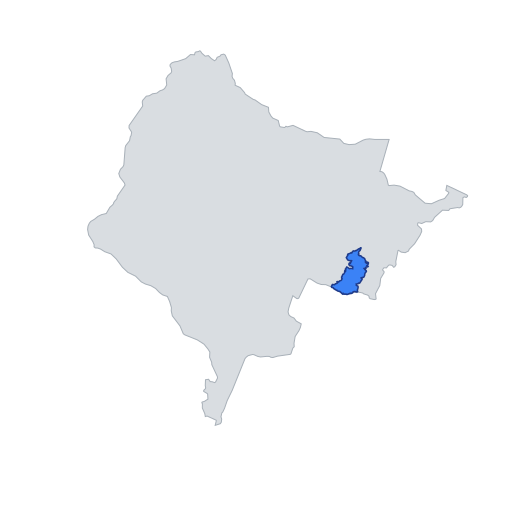 Sandoa, Katanga, Democratic Republic of the Congo (highlighted), rotated 294°
{"feature_id": "63176286B26674316015082", "entity_name": "Sandoa", "entity_type": "district", "adm_level": 2, "iso_a3": "COD", "parent_name": "Democratic Republic of the Congo", "parent_adm1": "Katanga", "projection": "orthographic", "projection_center": [23.072, -9.383], "detail": "fine", "context": "in_parent", "style": "filled", "palette": "blue", "viewbox_px": 512, "rotation_deg": 294, "n_neighbors": 0, "source": "geoboundaries", "source_scale": "gbopen_adm2", "svg_char_len": 8841}
<svg xmlns="http://www.w3.org/2000/svg" viewBox="0 0 512 512"><g transform="rotate(294 256 256)"><path d="M416.6,330.2L383.6,334.8L384.2,336.7L383.8,338.7L383.0,340.3L379.5,344.3L374.5,348.1L374.5,349.0L376.9,353.3L378.4,359.1L377.8,369.4L378.4,372.2L378.3,374.3L376.6,376.7L373.0,389.0L375.1,395.0L381.5,400.7L385.2,404.9L391.6,406.5L392.6,406.2L393.1,402.8L398.1,401.6L397.6,423.6L397.2,424.8L396.3,425.0L395.0,424.3L394.7,422.2L393.4,421.3L387.2,423.9L385.6,423.8L383.9,423.3L382.6,422.1L382.3,420.5L378.1,414.0L376.0,413.5L373.7,407.7L363.9,403.4L360.2,403.0L358.2,401.7L356.4,397.1L353.1,394.2L352.5,390.9L351.8,390.4L349.8,391.1L348.0,396.2L345.8,397.4L341.7,397.4L331.7,395.9L324.5,393.2L322.6,393.3L319.7,390.9L318.6,387.0L319.2,383.9L318.7,383.5L307.7,386.0L305.0,387.5L302.5,387.1L301.7,386.3L302.8,384.2L302.3,381.9L301.5,380.9L298.2,380.0L297.2,377.6L295.2,377.2L294.5,377.6L294.0,379.2L292.8,379.8L286.3,379.0L279.4,381.1L270.2,380.5L265.8,383.1L265.2,383.1L264.3,381.8L263.4,377.6L263.8,376.5L265.2,375.6L265.7,373.9L265.2,369.6L265.6,368.6L265.1,366.1L263.7,362.2L261.7,358.9L257.6,354.1L256.8,351.8L257.1,346.4L258.4,337.8L258.2,331.4L256.5,327.2L256.1,322.8L257.2,314.7L256.1,312.8L235.0,312.2L234.1,311.6L233.7,310.5L234.7,305.8L221.8,307.1L218.0,308.0L215.6,310.0L214.8,312.4L214.8,315.9L212.9,319.3L212.4,324.9L208.8,325.6L205.3,325.6L198.4,324.5L191.8,326.2L188.6,327.8L186.8,327.1L180.9,327.7L180.1,327.3L173.2,316.3L170.1,312.7L169.5,310.8L169.7,309.1L168.8,306.8L165.6,301.2L165.0,298.5L165.0,294.3L164.7,293.0L161.8,289.4L159.8,288.3L157.8,287.7L123.5,288.9L112.2,288.5L104.0,289.2L99.9,289.1L98.7,288.6L94.9,289.4L93.0,291.0L90.1,291.9L88.3,291.6L84.7,287.6L89.5,286.7L89.8,286.3L89.9,276.4L88.7,275.0L91.2,273.3L95.3,268.8L99.3,267.1L99.8,266.2L100.7,266.2L102.2,268.0L105.7,270.3L110.0,268.1L110.5,267.5L111.0,263.3L112.1,262.9L114.0,263.7L115.0,263.7L116.9,262.4L122.4,260.2L124.1,262.8L122.6,265.3L123.3,267.0L123.5,269.7L124.4,270.3L128.8,270.5L130.1,269.8L138.7,259.9L140.9,258.7L144.6,254.8L149.5,252.9L151.5,249.9L154.3,244.4L155.5,236.5L155.0,223.0L155.4,221.2L161.2,215.0L167.3,203.9L171.4,200.9L174.5,199.7L179.3,195.6L183.0,191.5L182.5,186.6L183.4,182.6L185.5,177.4L186.1,172.0L185.4,166.3L185.7,161.7L188.6,154.2L188.9,145.7L191.4,138.5L196.5,129.4L198.9,122.7L198.4,116.1L199.1,111.2L198.9,108.3L198.0,105.9L198.5,104.3L200.4,103.6L202.8,101.1L207.1,94.6L211.7,91.4L214.9,90.4L218.2,90.4L220.4,91.0L223.9,93.5L227.9,95.5L230.9,98.0L233.9,101.9L241.1,102.7L244.1,104.1L246.0,104.6L246.7,104.3L248.2,104.5L251.6,105.6L254.3,105.0L267.5,107.5L269.1,106.2L272.8,99.5L275.5,97.1L280.1,96.9L283.6,98.2L285.5,98.2L301.8,92.4L303.9,92.1L309.9,93.6L313.7,92.7L315.3,92.9L318.6,92.0L321.3,87.9L323.6,87.0L346.9,91.5L350.5,89.4L352.2,89.2L357.4,90.8L359.0,93.3L362.1,95.5L364.4,99.1L367.9,101.1L369.6,103.0L371.7,104.4L375.9,104.9L381.3,101.8L385.1,102.2L388.9,104.0L390.3,103.9L393.1,102.1L394.6,100.1L396.1,99.7L398.4,100.7L400.2,102.6L401.9,105.3L407.7,111.5L413.4,114.2L414.8,118.0L416.9,117.6L417.9,118.0L419.4,120.4L420.4,120.9L420.6,121.9L419.2,124.1L417.9,128.3L419.7,131.0L418.2,134.8L417.5,138.7L419.3,139.7L421.7,139.7L423.9,141.8L425.6,142.2L427.3,144.4L427.0,146.2L421.4,152.5L413.1,160.2L410.3,161.1L408.8,162.6L407.8,164.8L405.4,166.8L403.5,167.5L403.4,173.2L400.6,179.1L399.5,180.3L397.9,189.9L398.2,191.6L396.6,199.5L396.9,206.9L392.8,209.1L390.0,212.7L388.8,215.2L388.8,221.2L384.2,224.8L383.9,225.7L385.0,229.9L386.7,230.6L386.7,232.1L390.4,236.7L390.1,250.8L390.3,252.2L392.2,255.5L393.5,261.9L392.0,270.0L396.9,285.0L394.6,290.4L395.6,295.7L398.5,301.2L405.5,306.8L407.4,309.0L409.2,312.1L410.7,316.8L416.6,330.2Z" fill="#d9dde1" stroke="#a8b0b8" stroke-width="1"/><path d="M296.1,358.4L296.2,358.1L296.4,357.9L296.6,357.5L296.7,357.4L297.0,357.1L297.2,356.8L297.3,356.7L297.8,356.4L297.9,356.0L297.9,355.9L298.0,355.5L298.0,355.4L298.2,355.0L298.2,354.7L298.0,354.3L298.0,354.2L298.0,353.7L298.2,353.2L298.6,352.5L298.6,352.1L298.8,351.6L298.7,351.3L298.5,351.0L298.5,350.9L298.6,350.6L298.5,350.4L298.4,350.3L298.5,350.1L298.4,349.9L298.5,349.7L298.5,349.4L299.2,348.8L299.4,348.9L299.6,349.0L299.8,349.1L300.1,348.9L300.3,348.6L300.5,348.4L301.1,348.3L301.3,348.2L301.8,348.2L302.7,348.4L302.8,348.5L303.0,348.6L303.2,348.8L303.6,348.8L304.1,348.8L305.5,348.8L305.8,348.7L306.1,348.7L306.2,348.4L306.1,348.2L305.8,348.0L305.6,347.9L305.4,347.9L305.2,347.9L304.8,347.7L304.6,347.6L304.6,347.3L304.4,347.0L304.2,347.0L303.9,346.6L303.0,346.2L302.7,345.9L302.2,345.7L301.9,345.6L301.7,345.4L301.6,344.9L301.4,344.8L301.0,344.5L300.8,344.4L300.7,344.1L300.4,343.5L300.4,343.3L300.4,343.2L300.3,342.9L299.9,342.7L299.7,342.5L299.4,342.5L299.0,342.4L298.9,342.4L298.7,342.3L297.8,342.2L297.7,342.2L297.7,341.9L297.9,341.7L297.7,341.4L297.2,341.3L296.2,340.3L295.8,340.0L295.6,339.7L295.5,339.4L295.4,339.3L295.0,339.3L294.9,339.2L294.7,339.2L294.7,339.3L294.3,339.5L294.1,339.3L293.6,339.5L293.4,339.4L293.0,339.4L292.4,339.3L291.8,339.3L291.4,339.1L291.1,339.3L290.1,340.8L289.7,341.3L289.7,341.8L289.7,342.5L289.7,343.0L290.0,343.7L290.0,343.9L290.5,344.7L290.6,345.1L290.6,345.3L290.2,345.3L289.9,345.2L288.7,345.2L288.3,344.6L288.0,344.7L287.6,345.1L287.3,344.1L287.1,344.0L286.1,344.3L286.1,344.5L285.9,344.7L285.6,344.8L285.3,345.3L285.2,345.5L285.3,345.7L285.4,345.8L285.6,346.0L285.5,347.0L285.7,347.5L285.6,347.8L285.7,348.1L285.4,348.9L285.2,348.9L284.4,349.3L284.1,349.3L283.7,349.5L283.6,349.1L283.4,347.9L282.9,347.2L282.6,346.8L282.4,346.3L282.6,345.3L282.8,344.7L282.9,343.7L282.8,343.3L280.8,343.2L280.4,343.0L280.1,343.4L280.1,343.5L279.7,343.6L279.4,343.5L279.3,343.3L278.8,343.1L278.5,343.1L278.4,343.4L278.5,344.0L278.3,344.0L277.8,343.5L277.7,343.4L277.4,343.6L277.2,343.7L275.3,343.5L275.0,343.4L274.8,343.3L274.6,342.8L272.9,342.8L272.7,342.8L272.3,343.0L272.1,342.9L271.7,342.7L271.4,342.8L271.3,343.0L271.1,343.1L270.6,343.2L270.4,343.5L270.4,343.8L270.2,343.9L268.9,343.9L268.6,343.8L268.2,343.6L267.4,342.7L267.1,342.4L266.6,342.5L266.4,342.4L266.0,341.6L265.9,341.2L265.7,340.6L265.5,340.4L265.3,340.5L265.0,340.7L265.0,341.5L263.9,341.1L263.0,340.0L262.9,339.8L262.7,339.7L262.3,339.7L261.7,339.4L261.4,338.5L261.1,337.4L260.9,337.3L260.5,337.6L260.4,337.6L260.2,337.4L259.4,337.2L258.6,337.3L258.4,337.7L258.4,337.9L258.2,338.0L258.3,338.2L258.3,338.6L258.4,339.1L258.3,339.3L258.4,339.5L258.2,339.8L258.1,340.0L257.9,340.2L257.9,340.3L258.0,340.3L257.8,340.7L257.7,340.8L257.8,341.2L257.6,341.7L257.7,341.8L257.7,342.2L257.5,342.5L257.5,343.1L257.5,343.4L257.4,343.6L257.6,344.1L257.3,344.4L257.3,344.7L257.3,344.9L257.3,345.3L257.4,345.8L257.6,346.4L257.7,347.0L257.6,347.6L257.3,348.2L257.3,348.5L257.1,348.7L257.0,349.1L256.9,349.3L256.8,349.5L256.7,349.8L256.8,350.0L256.7,350.1L256.8,350.2L256.7,350.2L256.7,350.3L256.6,350.7L256.5,350.8L256.4,350.9L256.5,351.1L257.0,351.5L257.2,351.8L257.1,352.2L257.2,352.7L257.3,352.8L257.4,353.1L257.7,353.4L257.8,353.5L257.8,353.8L257.7,354.1L257.9,354.3L257.8,354.6L258.0,355.1L258.3,355.3L258.4,355.5L258.5,355.5L259.0,355.8L259.1,356.2L259.3,356.3L259.4,356.5L259.6,356.6L259.7,357.1L259.8,357.2L260.1,357.0L260.3,357.1L260.2,357.4L260.2,357.6L260.4,357.7L260.4,357.9L260.5,358.0L260.5,358.3L260.7,358.5L260.8,358.4L261.0,358.5L261.1,358.8L261.3,358.9L261.5,359.2L261.8,359.3L262.1,359.1L262.4,359.2L262.4,359.4L262.5,359.4L262.8,359.4L263.1,359.7L263.3,359.8L263.5,360.0L263.6,360.3L263.8,360.7L263.8,360.9L263.8,361.2L263.7,361.3L263.9,361.5L264.0,361.6L264.0,361.8L264.0,362.0L264.1,362.4L264.2,362.7L264.1,362.9L264.8,363.2L265.0,363.3L265.9,362.5L266.1,362.4L266.8,362.4L267.2,362.4L268.6,362.1L269.3,361.9L270.0,361.2L269.9,360.3L270.0,359.7L270.1,359.4L270.6,359.3L270.8,359.3L271.2,359.0L271.4,359.4L272.2,360.5L272.4,360.5L272.8,360.6L273.1,360.9L273.3,361.7L274.4,361.9L274.8,362.0L275.7,362.0L276.0,362.2L276.4,362.3L276.5,362.1L277.1,362.3L278.1,362.4L278.2,362.2L278.4,362.0L278.6,361.7L278.5,361.2L278.7,360.9L279.0,361.1L279.3,361.5L279.7,361.8L279.8,362.0L279.8,362.3L280.3,362.9L280.4,363.0L280.6,363.1L281.0,363.1L282.2,363.2L282.7,363.1L283.1,362.9L283.5,362.8L284.0,362.7L284.6,362.6L284.9,362.7L285.4,362.7L285.7,362.9L286.0,362.9L286.3,362.9L286.5,363.1L286.9,363.1L287.4,362.7L287.7,361.4L288.0,360.8L288.3,360.4L288.6,359.8L288.9,360.2L289.0,360.5L289.0,361.1L289.0,361.4L289.3,361.5L289.6,361.5L290.2,361.0L290.3,360.9L291.0,361.4L291.2,361.6L291.4,362.3L291.5,362.5L292.0,362.7L292.2,362.0L292.2,361.7L292.4,361.2L292.6,361.3L292.8,361.5L293.2,361.8L294.8,361.7L294.9,361.4L294.8,361.1L294.5,360.6L294.3,360.1L294.3,359.1L295.3,361.2L295.6,361.3L295.8,360.8L295.8,360.6L295.7,360.5L295.5,360.4L295.4,360.4L295.4,360.1L295.6,359.7L295.4,359.4L295.0,359.2L294.8,358.9L294.9,358.4L295.0,358.3L295.3,358.3L295.8,358.5L296.1,358.4Z" fill="#3b82f6" stroke="#1e3a8a" stroke-width="1.5"/></g></svg>